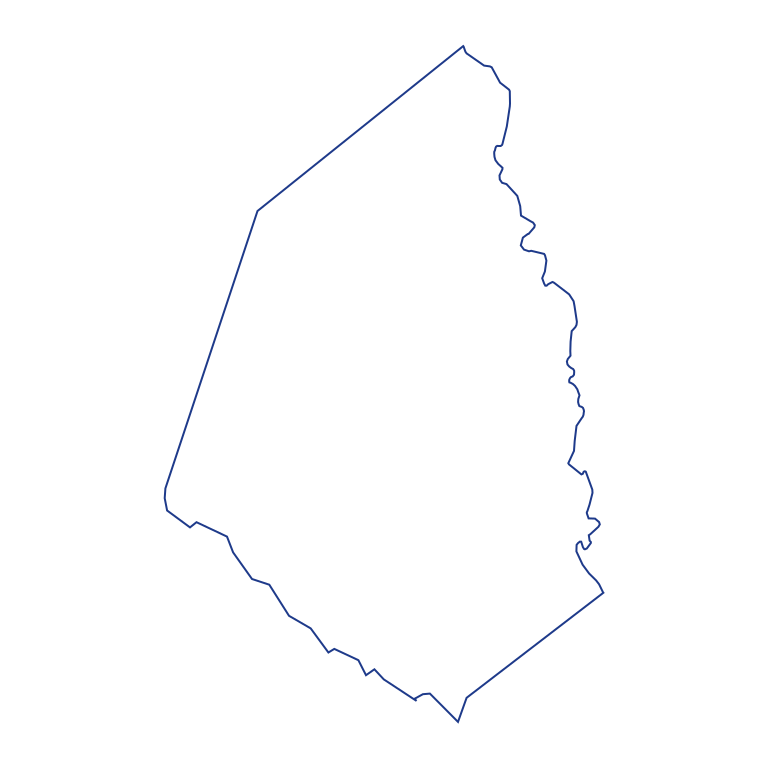 outline of Screven, Georgia, United States of America
{"feature_id": "52423323B53082153991238", "entity_name": "Screven", "entity_type": "district", "adm_level": 2, "iso_a3": "USA", "parent_name": "United States of America", "parent_adm1": "Georgia", "projection": "equal_earth", "projection_center": [-81.483, 32.767], "detail": "fine", "context": "isolated", "style": "outline", "palette": "blue", "viewbox_px": 768, "rotation_deg": 0, "n_neighbors": 0, "source": "geoboundaries", "source_scale": "gbopen_adm2", "svg_char_len": 2193}
<svg xmlns="http://www.w3.org/2000/svg" viewBox="0 0 768 768"><path d="M190.0,527.4L196.5,522.2L227.0,536.6L233.1,552.4L252.0,579.0L269.3,584.7L289.0,615.8L310.7,628.4L328.4,652.5L334.3,648.9L358.4,660.2L366.0,675.2L374.4,669.3L383.8,679.4L416.5,700.9L414.5,698.8L422.9,694.2L429.9,693.6L458.0,721.9L466.6,697.8L603.3,592.8L603.2,592.7L599.1,584.3L596.1,580.4L589.1,573.5L582.6,564.7L576.4,551.4L576.6,544.9L577.9,543.2L579.9,541.6L581.2,541.7L582.9,547.1L584.1,549.0L584.9,549.3L586.8,548.5L590.8,543.1L590.9,542.1L589.6,540.6L588.8,535.2L590.2,534.3L598.4,526.8L599.8,524.4L599.1,522.1L595.0,518.6L588.6,518.4L586.9,513.5L586.8,512.3L587.4,511.1L589.5,504.7L592.5,492.9L592.3,489.6L585.8,471.7L584.9,471.3L584.3,471.4L583.6,471.9L583.2,472.8L582.8,473.8L581.4,474.4L569.0,464.4L568.3,463.2L574.0,450.9L574.7,440.9L576.5,425.9L581.8,418.0L582.8,416.7L583.5,414.8L583.7,412.9L584.0,411.2L583.7,409.7L583.0,407.9L581.7,406.9L579.4,406.1L578.6,404.2L578.1,402.0L578.3,399.0L579.5,395.3L578.3,392.2L577.3,389.3L575.0,385.9L572.9,384.0L570.5,382.7L569.4,382.4L569.2,381.6L569.2,380.0L569.6,379.0L570.0,378.2L570.8,377.2L572.7,376.4L574.0,374.7L574.1,373.2L574.2,372.0L574.1,370.6L573.2,369.1L571.2,368.0L569.2,366.5L567.5,364.5L566.9,361.5L567.8,359.0L570.5,355.7L570.3,351.0L570.6,341.6L571.7,331.1L575.3,327.2L576.5,324.9L576.9,321.8L574.5,306.0L573.6,301.2L569.2,294.4L554.4,283.0L553.5,282.4L552.4,282.0L548.2,284.2L546.6,285.7L545.3,285.7L544.1,283.5L542.2,278.2L544.9,271.5L546.4,260.6L545.0,255.3L544.1,253.9L531.2,250.8L529.0,251.3L524.0,249.6L520.8,245.4L522.9,237.6L527.8,234.0L528.6,233.9L534.3,227.3L534.8,225.1L533.1,222.6L530.3,221.1L521.0,215.6L520.2,206.1L517.3,195.9L506.5,184.1L502.1,182.8L499.8,179.5L499.5,175.4L502.4,169.3L502.5,167.8L498.3,164.0L495.5,160.3L494.5,156.9L494.3,154.7L494.2,153.0L494.3,151.6L494.9,150.5L495.2,149.3L495.5,147.9L496.1,146.6L497.2,145.9L498.9,146.0L500.7,146.0L502.1,144.9L502.5,143.8L506.8,126.5L509.8,106.5L510.0,103.6L509.8,91.2L509.1,89.7L500.1,82.7L491.7,67.3L489.9,66.4L484.1,65.6L466.6,53.4L465.4,51.7L463.6,46.6L463.2,46.1L257.5,211.0L165.4,488.4L164.7,498.2L167.1,510.5L190.0,527.4Z" fill="none" stroke="#1e3a8a" stroke-width="2"/></svg>